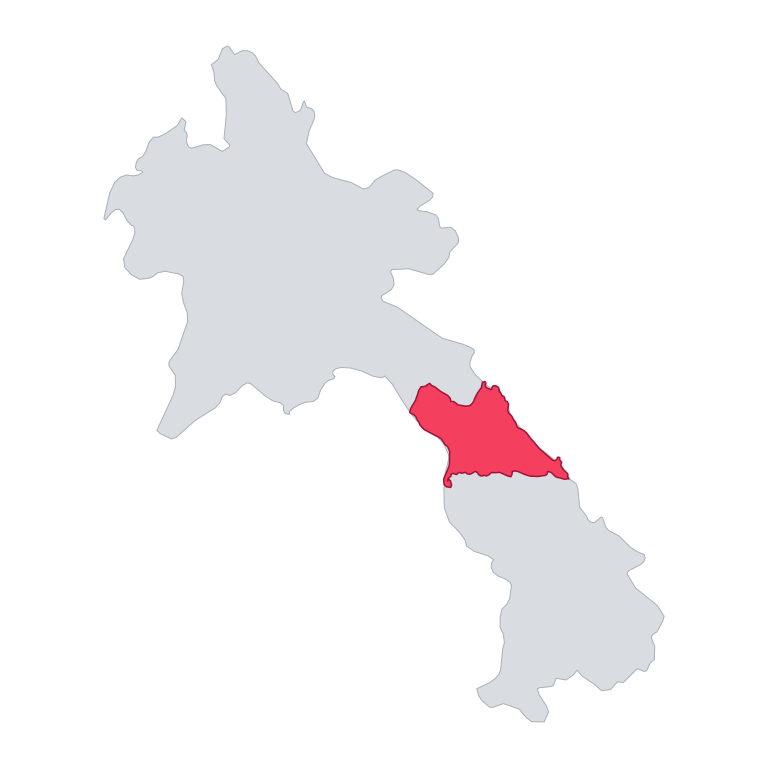 location of Khammouan within Laos
{"feature_id": "LAO-3293", "entity_name": "Khammouan", "entity_type": "Province", "adm_level": 1, "iso_a3": "LAO", "parent_name": "Laos", "parent_adm1": "", "projection": "orthographic", "projection_center": [105.341, 17.58], "detail": "fine", "context": "in_parent", "style": "filled", "palette": "rose", "viewbox_px": 768, "rotation_deg": 0, "n_neighbors": 0, "source": "natural_earth", "source_scale": "10m", "svg_char_len": 6163}
<svg xmlns="http://www.w3.org/2000/svg" viewBox="0 0 768 768"><path d="M255.3,55.7L259.2,63.2L277.7,83.6L280.8,89.1L287.7,93.4L293.1,111.4L295.5,112.5L298.7,111.3L301.1,108.9L303.2,102.0L304.5,101.2L306.6,107.0L311.8,108.8L314.1,111.3L314.8,115.6L313.9,120.0L309.3,130.1L306.4,143.7L324.6,173.3L332.3,177.4L350.8,182.4L363.4,189.0L369.2,187.5L374.9,180.3L381.6,176.3L394.2,170.1L397.8,169.8L404.7,172.3L416.0,179.7L433.1,193.4L432.4,197.1L429.3,200.6L420.1,206.0L417.1,209.5L418.9,210.8L426.6,211.7L435.6,214.8L438.3,218.4L439.8,226.6L441.4,228.1L449.8,227.2L452.4,228.4L455.4,231.0L458.4,237.8L458.3,242.9L449.9,251.8L448.9,257.2L444.6,263.5L433.0,274.2L429.9,274.8L408.8,268.8L391.9,269.5L390.5,271.8L393.3,278.3L394.1,284.7L391.4,289.5L381.6,295.8L381.3,298.5L383.2,301.4L397.3,307.2L442.3,338.3L462.9,344.2L472.0,348.1L474.3,350.3L474.2,353.0L471.8,356.5L469.9,362.5L469.8,366.1L471.9,369.7L475.5,374.9L488.2,386.6L497.6,389.4L507.3,402.8L510.2,414.5L515.0,422.1L538.7,447.4L558.5,462.9L570.4,479.7L576.1,483.5L578.0,489.6L579.6,507.3L586.5,516.1L588.0,519.7L591.0,522.3L594.3,522.8L601.2,517.0L602.6,517.8L605.8,527.1L608.7,530.5L619.3,536.2L630.5,547.3L636.5,551.4L644.1,554.5L645.2,558.1L643.8,561.7L641.5,564.1L628.6,570.8L626.8,573.6L635.6,588.0L657.3,605.6L664.1,616.2L662.7,621.4L656.9,631.9L652.4,634.7L651.3,638.0L654.7,646.4L654.4,659.5L650.3,662.7L646.6,670.8L643.9,671.4L637.3,668.6L623.4,682.5L617.4,681.9L610.5,689.6L601.5,690.7L595.2,685.0L581.9,675.9L577.1,670.2L573.0,675.2L566.0,679.9L556.1,678.3L553.5,685.2L551.6,686.5L539.6,687.7L537.4,688.8L539.3,695.1L546.4,705.8L548.6,711.9L544.2,721.9L531.8,721.7L526.2,717.6L519.2,709.1L503.3,703.6L492.7,707.4L489.5,707.2L481.5,700.1L478.6,695.5L476.8,688.7L488.9,683.1L495.0,678.8L499.0,674.2L500.7,669.5L502.6,649.6L504.4,642.6L503.4,634.1L500.1,627.3L500.1,617.2L501.9,609.0L506.4,604.9L509.6,599.0L511.5,585.7L510.1,582.3L505.6,579.1L498.0,576.0L493.2,572.1L491.2,567.4L491.4,563.3L493.7,559.7L488.0,555.8L474.3,551.4L466.6,546.1L465.0,540.0L459.3,532.0L449.5,522.1L444.3,507.8L443.9,489.2L445.1,474.0L449.4,456.5L443.7,443.8L437.4,437.1L428.7,432.1L420.4,425.0L412.6,415.8L403.2,402.2L392.3,384.2L385.0,376.1L381.2,377.9L373.2,376.2L361.1,370.9L350.6,368.0L341.6,367.5L335.7,368.6L332.9,371.3L332.7,374.0L335.0,376.7L333.7,378.8L329.0,380.2L325.1,383.1L320.7,389.7L317.7,398.3L313.1,401.5L306.2,402.2L299.4,404.5L292.6,408.6L289.4,411.8L289.7,414.0L288.2,414.4L285.0,413.2L283.5,410.3L283.7,405.8L280.3,402.7L273.4,401.1L265.4,396.2L250.5,383.5L247.0,382.9L241.9,386.0L235.3,392.9L229.9,395.5L225.7,394.0L222.4,396.4L219.9,402.7L215.6,407.6L194.9,420.6L176.1,437.5L171.4,438.9L160.4,433.8L156.9,430.4L173.0,395.4L175.5,386.8L175.3,375.5L169.0,365.9L168.8,363.2L169.9,360.3L178.0,349.5L187.6,321.5L187.3,312.7L183.6,303.0L181.7,293.8L183.7,281.4L183.1,276.5L179.0,274.0L165.1,271.2L157.1,273.0L153.2,276.3L148.5,278.3L139.7,279.3L131.6,274.9L124.9,267.5L123.5,258.7L132.6,240.1L134.9,232.9L134.8,229.5L133.4,225.8L131.4,225.3L127.1,220.7L123.0,212.8L119.1,209.1L115.2,209.7L111.6,212.6L105.7,219.8L103.9,218.8L109.7,192.9L114.9,182.0L120.7,177.0L126.7,175.0L133.0,175.9L138.2,175.1L142.6,172.5L142.2,171.0L137.2,170.5L135.3,167.4L136.5,161.9L138.8,158.4L142.3,156.8L145.8,151.3L149.3,141.9L153.4,137.2L158.0,137.2L166.0,133.3L177.3,125.5L181.8,117.9L185.9,121.5L184.2,130.5L186.3,132.4L187.3,135.7L186.5,140.7L187.4,145.0L189.0,147.1L191.4,148.2L203.4,144.8L210.6,144.6L222.3,151.5L229.5,146.7L229.6,144.9L224.0,138.6L226.3,115.8L225.9,98.5L216.5,85.5L214.6,80.3L213.8,71.9L211.3,64.7L218.4,59.1L222.4,48.6L227.3,46.1L228.8,46.5L234.6,54.6L242.2,50.7L247.9,50.8L252.7,53.0L255.3,55.7Z" fill="#d9dde1" stroke="#a8b0b8" stroke-width="1"/><path d="M444.1,484.5L443.6,479.9L444.0,478.1L448.9,466.6L449.3,464.8L449.6,461.2L449.4,456.5L449.7,452.7L449.7,451.7L449.4,450.8L447.7,446.8L447.4,446.4L446.8,445.9L445.6,445.1L445.0,444.7L444.5,444.1L443.3,441.8L441.8,439.6L440.9,438.6L437.4,436.3L436.0,435.8L424.4,429.7L422.2,427.6L420.0,425.0L419.7,424.3L419.2,422.8L419.0,422.3L418.7,421.8L417.6,420.4L416.0,417.0L414.8,415.5L410.0,412.6L409.6,412.2L410.8,408.2L415.7,400.0L416.3,397.7L417.2,395.5L418.6,390.8L421.0,386.8L423.9,386.5L426.8,385.7L426.9,384.8L427.5,384.5L428.1,384.3L429.7,383.4L431.8,385.6L434.7,386.8L440.5,391.3L447.8,395.5L450.2,398.3L450.7,401.2L453.7,401.6L456.2,403.3L457.9,404.9L466.3,406.2L470.4,405.4L473.2,402.2L475.2,397.3L477.7,392.7L481.3,387.7L482.5,382.1L484.5,381.9L484.8,381.6L485.2,381.7L485.7,382.5L485.8,383.4L485.3,385.3L485.4,386.1L486.2,387.3L487.4,388.2L488.7,388.7L489.9,389.0L490.5,389.3L490.6,389.7L490.8,389.7L491.5,389.3L491.8,388.7L492.2,387.0L492.6,386.3L494.0,385.7L495.6,385.8L497.1,386.4L498.2,387.3L498.7,388.0L499.3,390.1L499.3,390.6L499.1,391.0L499.0,391.3L498.9,391.5L499.2,391.8L500.1,392.0L500.4,392.2L501.6,395.0L502.2,395.6L503.5,396.3L504.2,396.9L504.6,397.7L504.8,399.5L505.1,400.3L505.6,400.9L507.4,401.8L508.4,403.9L508.6,404.3L507.7,410.3L508.6,413.0L511.5,415.7L513.4,419.3L515.1,421.6L515.8,422.9L516.7,425.9L517.4,427.2L518.3,427.9L522.3,429.6L524.7,431.2L526.7,433.1L531.6,439.5L533.1,441.1L539.7,449.0L552.2,459.8L553.9,460.6L554.9,460.7L555.8,460.2L556.9,459.1L557.2,458.4L557.4,457.7L557.8,457.2L558.7,457.2L559.6,457.6L559.8,458.2L559.7,459.1L559.9,460.0L560.3,460.6L561.3,461.7L561.6,462.1L561.6,462.8L561.0,464.1L560.9,464.9L561.3,466.1L563.6,469.8L567.2,473.2L568.0,474.6L568.0,475.0L567.5,475.9L567.4,476.2L568.7,478.8L564.0,479.2L559.8,477.8L557.5,477.5L555.4,476.6L551.9,473.0L549.9,471.9L547.8,471.6L547.4,472.8L547.1,474.0L546.3,474.8L545.4,475.4L537.8,476.5L529.9,476.1L523.9,474.1L517.9,471.5L515.1,470.9L512.4,471.4L511.9,474.7L510.8,476.7L507.8,476.0L499.6,472.3L495.0,472.7L491.2,472.5L489.1,474.7L486.3,476.0L484.4,475.3L483.5,475.5L482.6,475.9L480.3,475.8L478.5,474.5L477.3,472.6L475.6,471.4L473.8,472.2L472.0,473.4L469.7,474.3L467.2,473.9L465.5,472.3L461.6,473.3L459.5,472.4L457.9,473.2L456.7,474.5L454.8,474.1L452.9,473.4L451.2,474.1L450.9,476.3L449.3,477.4L447.8,479.2L447.7,480.6L449.2,479.6L450.5,480.9L451.6,485.4L450.5,487.4L446.3,486.8L444.1,484.5Z" fill="#f43f5e" stroke="#9f1239" stroke-width="1.5"/></svg>